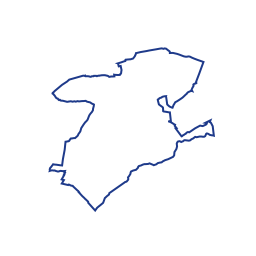 outline of Vadu Moldovei, Suceava, Romania, rotated 291°
{"feature_id": "2599482B82273337818064", "entity_name": "Vadu Moldovei", "entity_type": "district", "adm_level": 2, "iso_a3": "ROU", "parent_name": "Romania", "parent_adm1": "Suceava", "projection": "albers", "projection_center": [26.396, 47.385], "detail": "fine", "context": "isolated", "style": "outline", "palette": "blue", "viewbox_px": 256, "rotation_deg": 291, "n_neighbors": 0, "source": "geoboundaries", "source_scale": "gbopen_adm2", "svg_char_len": 5701}
<svg xmlns="http://www.w3.org/2000/svg" viewBox="0 0 256 256"><g transform="rotate(291 128 128)"><path d="M151.6,210.9L160.1,206.4L160.5,205.9L162.3,203.9L162.6,203.5L162.8,202.5L162.8,202.2L163.1,202.1L164.0,202.2L164.7,202.2L160.5,198.3L160.6,198.9L160.6,199.9L159.8,199.9L159.2,199.6L158.1,198.6L156.6,197.1L156.4,196.4L156.1,194.5L151.8,190.8L145.9,186.7L145.8,185.7L145.6,185.3L144.9,184.6L144.2,184.2L143.4,184.0L142.4,183.1L141.7,182.7L140.8,181.9L139.7,181.4L139.4,181.0L144.7,172.6L145.3,173.4L146.8,170.8L147.9,170.8L148.0,169.8L148.5,167.4L148.8,165.2L148.8,164.8L148.7,164.4L148.7,164.0L148.9,163.9L149.0,163.9L149.2,164.3L149.9,165.2L149.9,165.5L157.6,161.5L157.3,160.7L156.8,158.0L156.2,155.2L156.3,154.8L156.9,154.5L158.0,154.1L159.6,153.3L159.7,153.2L159.9,152.7L160.5,150.4L161.1,148.4L163.9,146.4L164.8,145.8L165.2,145.6L165.5,145.8L165.9,146.2L166.2,146.4L166.7,146.5L167.6,147.2L168.3,148.2L168.5,148.4L169.0,148.6L169.4,148.9L169.9,149.5L170.8,150.9L171.3,152.0L171.2,152.0L170.6,152.5L164.0,156.2L163.0,158.8L162.9,159.3L162.8,161.9L162.9,162.3L165.0,162.3L165.6,162.3L167.8,162.7L168.7,162.8L169.0,162.9L169.3,163.1L170.0,163.8L172.0,165.3L173.4,166.3L173.8,166.6L175.9,168.0L177.1,168.6L179.2,169.6L179.7,169.8L180.9,170.5L181.2,170.6L182.1,170.8L182.6,171.1L183.1,171.4L184.9,173.2L185.2,173.6L185.4,174.4L185.5,174.7L185.5,174.8L185.7,174.6L186.1,173.6L186.5,173.7L187.9,173.7L189.1,173.8L189.8,174.0L190.9,174.1L191.7,173.5L192.0,173.5L192.4,173.6L193.2,174.3L193.7,175.1L194.0,175.4L194.5,175.7L195.1,175.0L196.1,175.1L196.7,175.0L204.3,175.0L209.8,174.9L216.7,174.8L216.5,168.2L216.5,164.8L216.6,161.9L216.8,160.8L216.7,159.6L216.6,159.1L216.4,158.6L215.8,157.7L215.3,156.6L215.0,155.1L214.9,154.3L214.9,149.6L214.8,147.3L214.2,143.0L213.0,140.2L214.0,139.8L214.4,139.4L214.6,138.9L214.9,137.6L215.3,136.4L215.6,135.4L215.7,135.1L215.4,133.6L214.7,132.9L214.5,131.6L214.4,130.9L213.5,129.3L211.5,126.0L208.0,120.1L206.4,117.6L203.5,112.7L200.7,108.6L200.0,108.8L199.7,108.8L199.3,108.7L198.7,108.8L198.1,108.6L197.5,108.7L196.2,108.3L194.9,107.9L194.5,107.7L194.2,107.3L194.0,106.9L193.2,106.0L191.7,102.9L190.9,101.3L190.6,101.2L190.1,101.5L189.9,101.5L189.6,101.5L188.8,100.4L186.9,98.2L184.7,95.4L184.7,95.6L182.4,97.1L182.2,97.3L183.3,98.9L179.8,101.2L178.3,101.5L176.7,101.9L175.9,101.8L175.4,101.4L174.9,101.5L174.6,101.3L174.5,101.1L174.4,100.7L174.0,100.0L172.9,96.6L172.8,96.0L171.3,96.8L171.2,96.6L170.6,95.3L170.4,94.6L170.2,94.1L169.9,93.7L169.6,93.0L169.3,92.7L169.0,92.1L169.1,91.8L169.4,90.8L169.4,90.2L169.4,89.9L169.2,89.1L169.2,88.4L169.1,88.2L169.0,87.7L169.0,87.4L167.8,84.5L167.4,83.9L167.2,83.5L166.7,82.6L166.4,82.3L166.4,81.9L166.1,81.5L165.8,81.0L165.2,80.4L165.2,80.2L165.3,79.5L164.7,78.3L164.6,77.8L164.6,77.6L163.8,77.0L163.7,76.7L163.5,75.9L163.2,75.6L163.0,75.4L162.7,75.2L162.4,74.7L162.3,74.2L162.2,72.9L162.1,72.5L161.7,71.2L161.2,70.1L161.1,69.7L161.1,69.3L161.5,69.1L161.1,68.6L160.8,67.4L159.9,66.2L152.1,55.8L151.7,55.6L151.4,55.5L150.6,55.0L149.7,54.6L144.7,51.0L136.6,46.5L135.8,46.1L135.2,45.9L133.7,45.1L133.3,45.1L133.1,45.2L133.0,45.7L133.0,46.2L132.4,46.9L132.3,47.4L131.5,48.6L131.0,49.2L130.7,49.6L130.6,50.0L130.2,50.5L130.2,51.5L130.3,51.8L130.2,52.0L129.9,52.4L129.9,52.5L129.9,52.8L129.5,53.1L129.5,53.5L129.4,53.6L129.5,53.8L129.5,54.0L129.8,54.3L129.9,54.5L129.7,54.8L129.6,55.2L129.5,55.5L130.1,57.4L130.5,60.8L130.6,61.7L130.8,62.1L131.0,62.6L131.3,62.9L132.0,64.2L132.4,64.9L132.5,65.2L132.7,66.8L132.9,67.1L133.7,68.4L133.8,68.7L133.8,69.5L133.9,69.8L134.4,70.5L134.8,71.0L135.0,71.3L135.1,71.9L135.2,72.5L135.4,73.1L135.9,74.0L136.4,74.9L137.3,77.0L138.2,78.8L138.1,79.1L137.9,80.2L138.1,81.9L138.3,83.1L138.3,83.7L138.2,84.1L137.9,85.1L137.8,86.2L137.8,87.2L137.7,87.8L136.1,88.2L133.3,88.5L132.0,88.9L131.4,88.8L130.1,88.6L127.9,87.8L126.3,87.4L125.2,87.3L121.5,87.3L120.9,87.2L119.2,86.6L118.0,86.0L115.4,85.3L112.1,84.6L111.2,84.4L108.9,84.6L107.8,84.7L106.8,84.5L104.6,83.9L103.6,83.9L102.5,83.7L99.6,82.2L99.5,81.8L98.8,80.4L98.1,79.4L97.9,78.6L97.7,78.4L97.4,78.2L97.0,78.2L95.8,77.8L95.3,77.8L94.9,77.7L94.4,77.3L93.9,76.6L93.8,76.1L93.3,75.6L92.8,74.6L84.9,76.7L75.6,78.4L69.4,79.9L68.9,78.0L68.0,74.0L67.6,72.8L67.3,71.1L66.7,71.0L65.6,70.6L64.5,70.3L63.5,70.0L63.0,69.7L62.6,69.7L61.4,69.7L60.7,70.2L59.9,70.3L60.4,70.9L61.2,72.1L61.6,73.5L61.7,74.1L62.0,74.5L62.1,75.0L62.0,75.7L62.1,76.8L62.2,78.0L62.4,78.5L62.6,78.9L63.5,79.9L63.8,80.4L64.4,82.7L65.3,84.6L63.7,84.6L63.7,85.2L61.3,84.9L61.3,85.3L56.2,84.5L56.4,86.8L53.4,86.3L52.4,86.1L53.3,92.6L53.8,92.8L54.0,93.0L54.0,94.1L53.8,94.6L53.8,95.0L54.0,96.5L54.2,97.0L54.1,97.3L53.8,97.7L51.4,103.6L51.4,103.9L50.3,105.8L50.1,106.0L50.0,105.8L48.0,109.8L47.1,112.1L46.4,113.5L46.3,113.9L45.0,117.0L44.9,117.2L43.9,117.7L39.2,126.9L42.6,127.8L49.0,131.5L49.9,131.6L54.3,131.5L54.8,131.8L56.7,132.7L59.1,134.1L60.5,133.9L75.9,144.3L76.3,144.5L76.8,145.0L77.0,145.4L77.7,146.0L79.9,146.7L81.0,146.3L81.9,145.7L83.3,146.2L86.0,146.7L87.3,146.4L88.4,146.4L90.1,148.0L91.9,150.5L94.6,151.6L95.5,151.4L96.5,151.9L97.6,153.5L99.1,154.9L100.1,156.2L100.9,158.1L101.7,159.7L102.7,160.8L102.6,164.7L102.5,165.4L103.3,166.3L104.2,167.4L105.9,168.4L106.9,169.8L108.0,171.7L109.4,172.5L111.3,174.2L113.3,176.7L117.2,180.4L119.0,180.9L122.2,180.0L125.8,180.7L128.4,180.4L130.9,179.1L132.2,179.1L133.3,179.5L134.1,180.7L134.2,181.2L134.0,182.7L134.6,183.3L135.3,184.1L136.6,184.8L137.0,185.4L138.0,189.4L138.9,190.6L140.2,191.2L141.5,192.5L143.8,193.9L144.0,195.4L145.7,197.9L146.3,199.4L146.7,201.2L147.2,202.3L148.1,203.0L150.6,203.1L151.2,203.6L151.3,205.1L150.9,206.9L151.2,208.8L151.5,209.9L151.6,210.9Z" fill="none" stroke="#1e3a8a" stroke-width="2"/></g></svg>